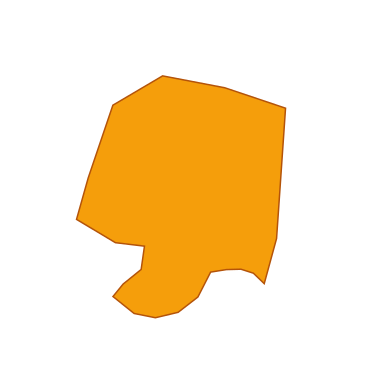 the Independent City of Banjul, rotated 145°
{"feature_id": "GMB-2153", "entity_name": "Banjul", "entity_type": "Independent City", "adm_level": 1, "iso_a3": "GMB", "parent_name": "Gambia", "parent_adm1": "", "projection": "albers", "projection_center": [-16.653, 13.415], "detail": "fine", "context": "isolated", "style": "filled", "palette": "amber", "viewbox_px": 384, "rotation_deg": 145, "n_neighbors": 0, "source": "natural_earth", "source_scale": "10m", "svg_char_len": 431}
<svg xmlns="http://www.w3.org/2000/svg" viewBox="0 0 384 384"><g transform="rotate(145 192 192)"><path d="M67.3,207.0L149.4,105.4L185.4,75.5L188.3,90.3L196.2,100.7L208.3,108.7L222.7,115.7L247.4,102.6L272.4,101.4L294.1,110.0L309.1,125.7L316.7,151.7L301.2,156.1L278.1,157.7L262.0,174.9L283.8,194.4L302.3,235.8L268.9,263.1L207.0,308.5L149.5,304.0L105.3,258.5L67.3,207.0Z" fill="#f59e0b" stroke="#b45309" stroke-width="1.5"/></g></svg>